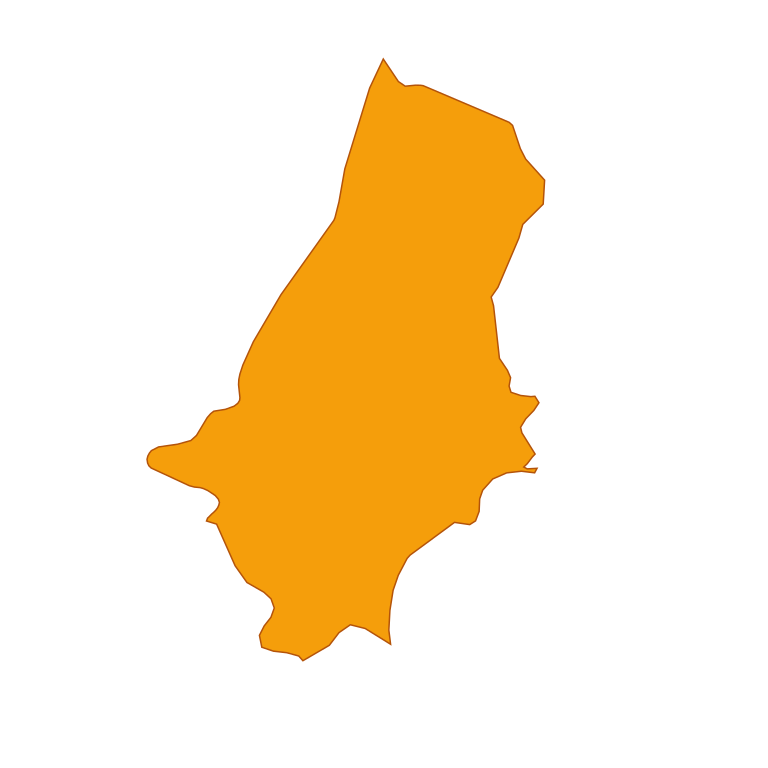 Lattakia, Equal Earth projection, rotated 208°
{"feature_id": "SYR-134", "entity_name": "Lattakia", "entity_type": "Province", "adm_level": 1, "iso_a3": "SYR", "parent_name": "Syria", "parent_adm1": "", "projection": "equal_earth", "projection_center": [36.019, 35.573], "detail": "fine", "context": "isolated", "style": "filled", "palette": "amber", "viewbox_px": 768, "rotation_deg": 208, "n_neighbors": 0, "source": "natural_earth", "source_scale": "10m", "svg_char_len": 1585}
<svg xmlns="http://www.w3.org/2000/svg" viewBox="0 0 768 768"><g transform="rotate(208 384 384)"><path d="M466.0,181.7L476.4,179.7L476.8,182.8L476.4,183.8L475.1,188.3L474.2,190.6L473.3,193.5L472.8,196.6L473.0,199.5L473.7,202.2L476.3,204.6L480.6,206.3L489.5,207.2L494.3,206.9L497.7,206.2L503.0,204.0L508.1,202.8L550.2,200.5L553.2,201.4L555.6,203.2L557.9,206.3L558.7,209.5L558.7,212.8L558.1,216.0L553.5,222.6L537.9,234.0L528.0,243.4L525.4,250.6L524.3,271.4L523.1,276.5L521.5,280.1L512.1,287.2L505.9,294.1L504.0,298.4L503.8,301.8L504.8,304.3L512.1,315.1L514.3,319.8L515.9,325.2L517.5,334.4L519.2,360.0L516.9,414.6L505.1,505.0L505.4,508.0L509.3,523.8L519.6,555.6L535.6,638.6L537.2,670.6L513.3,657.8L505.1,656.9L496.5,662.6L492.0,664.9L489.5,665.8L396.3,673.8L391.9,672.7L374.1,655.8L364.5,649.1L337.9,639.4L327.9,617.6L336.4,590.1L333.4,576.1L328.8,522.9L330.2,511.1L324.0,504.5L294.1,460.8L281.4,454.0L275.2,449.0L272.6,440.9L268.0,436.3L258.0,438.0L248.4,441.8L245.0,444.0L238.4,440.2L239.3,431.0L242.5,419.8L243.1,409.9L239.3,405.6L217.7,393.1L218.8,389.0L220.1,380.9L221.6,376.3L217.7,376.3L209.3,381.4L209.3,376.3L221.7,371.5L234.0,363.1L243.4,351.2L247.0,336.6L245.6,327.5L240.2,316.2L238.9,306.1L242.3,300.1L256.8,294.9L280.6,245.3L281.7,240.9L281.6,221.8L279.1,206.1L272.5,186.9L264.2,169.0L256.0,157.3L285.8,159.3L300.7,155.6L307.0,143.4L309.6,127.6L325.7,101.6L331.6,103.8L343.7,101.1L356.2,96.2L368.3,94.2L376.0,103.6L376.2,114.2L374.3,124.9L375.7,134.7L382.9,141.3L392.4,143.8L411.8,144.4L430.1,153.6L466.0,181.7Z" fill="#f59e0b" stroke="#b45309" stroke-width="1.5"/></g></svg>